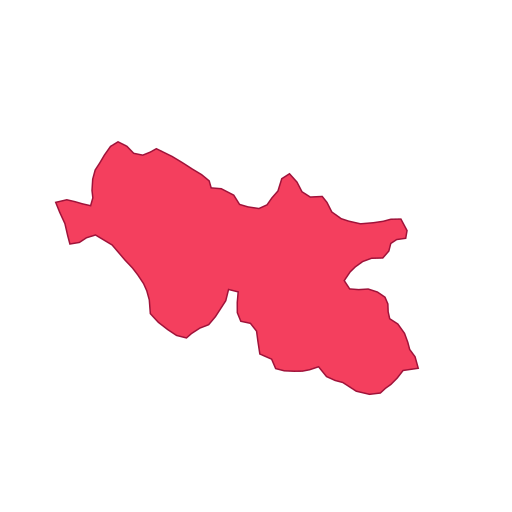 Entre Folhas, Minas Gerais, Brazil (Natural Earth projection), rotated 303°
{"feature_id": "56859067B8207809670025", "entity_name": "Entre Folhas", "entity_type": "district", "adm_level": 2, "iso_a3": "BRA", "parent_name": "Brazil", "parent_adm1": "Minas Gerais", "projection": "natural_earth1", "projection_center": [-42.24, -19.656], "detail": "fine", "context": "isolated", "style": "filled", "palette": "rose", "viewbox_px": 512, "rotation_deg": 303, "n_neighbors": 0, "source": "geoboundaries", "source_scale": "gbopen_adm2", "svg_char_len": 1652}
<svg xmlns="http://www.w3.org/2000/svg" viewBox="0 0 512 512"><g transform="rotate(303 256 256)"><path d="M250.2,453.2L258.1,444.3L261.3,435.8L266.3,430.3L272.0,422.7L276.2,412.0L276.2,402.3L281.2,397.2L287.6,392.7L291.7,386.6L291.9,377.4L289.4,368.1L283.7,360.4L279.4,352.5L283.4,343.4L293.8,343.6L301.0,345.2L309.5,348.5L317.0,354.1L323.4,363.4L332.5,364.7L339.9,362.2L346.4,365.0L352.4,371.9L359.6,368.8L365.9,357.4L360.2,349.0L354.5,343.9L347.8,336.3L339.9,326.1L335.7,314.7L333.7,307.1L334.2,295.6L339.6,286.3L342.0,279.1L335.0,269.4L334.9,259.6L340.3,250.1L343.2,239.3L334.9,235.5L322.5,239.0L313.4,237.7L304.9,237.4L297.4,232.6L292.8,222.5L290.3,214.1L294.9,204.2L293.5,190.2L288.7,181.3L293.5,175.8L294.6,166.1L294.2,154.7L294.2,144.5L293.8,131.5L291.7,114.0L285.5,110.7L278.9,106.1L275.5,97.5L277.7,88.0L276.6,78.1L268.7,74.3L258.1,73.9L248.8,74.3L240.5,74.3L231.5,77.2L221.6,82.8L215.9,87.5L208.1,89.9L205.2,82.0L202.9,74.4L200.1,66.7L191.9,58.8L185.8,67.5L179.1,78.1L170.5,87.0L164.7,93.4L171.2,100.5L179.0,103.9L186.2,109.9L186.9,129.3L184.0,139.1L181.2,148.5L178.7,158.9L175.8,167.1L171.6,176.8L167.3,183.4L161.1,190.4L150.1,198.8L147.2,210.2L146.2,222.0L146.1,232.6L149.4,242.3L155.8,244.1L165.0,248.2L172.6,253.7L183.0,255.0L191.9,255.0L202.0,255.0L213.0,251.2L216.2,260.6L206.8,265.6L198.3,271.2L193.0,278.8L196.5,288.0L193.3,297.4L185.8,303.8L175.9,312.6L178.0,325.3L172.3,333.8L175.1,342.2L180.1,350.7L184.7,357.6L189.8,362.9L197.2,368.8L193.3,380.8L194.7,390.1L197.2,397.7L197.2,413.7L201.8,426.5L208.8,434.9L215.5,436.6L221.9,439.1L230.5,440.9L240.1,441.7L250.2,453.2Z" fill="#f43f5e" stroke="#9f1239" stroke-width="1.5"/></g></svg>